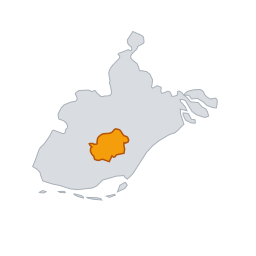 where Flevoland sits in Netherlands, rotated 201°
{"feature_id": "NLD-902", "entity_name": "Flevoland", "entity_type": "Province", "adm_level": 1, "iso_a3": "NLD", "parent_name": "Netherlands", "parent_adm1": "", "projection": "albers", "projection_center": [5.642, 52.551], "detail": "fine", "context": "in_parent", "style": "filled", "palette": "amber", "viewbox_px": 256, "rotation_deg": 201, "n_neighbors": 0, "source": "natural_earth", "source_scale": "10m", "svg_char_len": 3804}
<svg xmlns="http://www.w3.org/2000/svg" viewBox="0 0 256 256"><g transform="rotate(201 128 128)"><path d="M158.1,219.8L154.0,219.6L150.2,219.5L148.1,219.2L146.0,218.3L146.0,218.2L145.0,216.3L143.8,213.9L144.1,212.4L147.7,208.2L148.2,207.1L147.9,206.4L148.2,204.6L151.0,198.4L151.3,195.9L150.1,194.1L148.3,193.1L142.6,191.3L139.8,188.6L138.6,186.4L137.3,185.7L135.4,186.5L130.7,187.3L126.8,186.1L122.3,181.7L121.3,177.9L120.8,174.9L119.6,173.9L118.1,175.4L116.1,177.8L112.3,178.0L111.3,177.5L111.1,176.1L110.9,174.9L109.8,173.3L108.7,172.4L103.8,176.7L102.0,176.7L99.8,175.0L98.7,173.3L96.2,174.2L93.9,176.2L94.6,180.1L93.4,180.8L90.7,180.4L87.6,178.7L84.1,177.7L78.9,174.9L71.5,176.9L66.5,174.2L62.3,173.8L59.7,171.7L57.0,168.1L59.1,165.9L61.0,165.2L68.8,164.9L74.4,166.5L84.3,174.2L86.9,174.2L89.6,173.3L88.3,171.3L85.7,170.2L82.0,168.1L79.1,165.2L86.1,164.4L85.2,162.9L84.3,160.4L77.1,151.5L78.4,149.1L80.4,144.1L82.8,139.9L84.7,138.8L87.7,135.9L94.5,127.2L98.7,120.1L102.0,111.7L106.8,88.3L108.2,84.4L110.4,80.0L113.1,80.8L114.9,82.1L121.6,78.9L133.0,70.3L136.4,62.8L139.7,59.3L152.7,52.5L159.9,50.5L170.9,49.9L178.9,48.6L188.5,48.0L192.2,52.1L194.4,55.1L197.8,56.8L203.2,57.8L203.0,63.9L203.3,75.8L202.9,78.0L200.6,83.1L198.3,92.2L197.7,98.1L196.9,99.3L186.7,99.4L185.3,100.5L185.1,101.8L185.6,103.3L185.4,104.8L184.6,106.1L185.1,108.1L186.9,110.3L190.1,111.6L193.6,111.7L195.4,111.4L196.8,113.0L198.1,115.4L198.1,118.5L197.6,122.7L196.0,126.6L191.4,131.1L189.2,132.7L187.2,133.6L186.3,134.7L185.9,136.2L186.0,137.6L189.5,141.1L189.4,141.9L188.4,143.8L187.1,145.5L178.4,149.3L174.7,149.0L172.7,150.9L172.0,151.2L169.7,149.6L164.5,147.7L162.6,148.4L161.5,149.4L158.3,150.7L156.0,152.7L156.0,155.3L160.1,161.9L161.6,163.2L161.7,165.7L163.7,168.8L165.8,172.7L166.0,175.1L165.8,177.7L164.8,181.2L161.2,189.6L161.2,191.2L161.5,192.4L162.7,192.7L163.7,193.3L163.4,194.4L156.7,200.3L155.8,201.3L153.0,201.0L152.5,202.0L152.9,203.5L154.0,204.9L156.5,205.6L158.6,207.0L160.2,209.9L158.1,219.8ZM87.6,178.7L87.0,181.1L85.4,183.7L80.0,187.4L74.4,189.8L71.6,189.4L69.7,188.1L68.7,186.7L65.7,185.3L61.7,184.5L59.2,185.9L57.3,187.2L55.8,186.9L54.6,185.7L53.8,183.9L52.7,178.4L55.8,177.5L62.3,177.3L67.3,179.4L73.9,180.5L79.0,177.9L83.0,180.3L87.6,178.7ZM77.1,156.0L80.9,159.6L81.7,160.7L81.9,161.9L77.0,163.2L71.9,158.8L68.4,159.7L67.2,157.6L67.2,156.4L70.8,155.4L77.1,156.0ZM115.0,71.8L111.1,76.3L108.8,75.0L108.2,73.9L109.4,70.4L115.0,64.6L115.0,71.8ZM131.9,51.8L128.3,52.3L126.7,51.4L135.3,48.9L140.7,48.2L141.6,48.5L131.9,51.8ZM154.8,47.2L147.3,48.2L144.8,47.5L144.4,46.7L146.4,46.3L152.8,46.2L154.8,46.8L154.8,47.2ZM123.6,56.7L116.5,61.4L115.9,60.6L120.5,56.6L123.6,56.7ZM185.3,39.0L181.7,39.3L182.7,37.6L186.0,36.3L187.7,36.2L185.3,39.0ZM170.1,43.8L164.8,46.0L163.5,45.5L163.8,44.9L168.5,43.5L170.1,43.8Z" fill="#d9dde1" stroke="#a8b0b8" stroke-width="1"/><path d="M147.7,86.7L148.1,87.0L149.0,88.0L149.4,89.0L152.2,90.5L154.0,92.0L154.5,92.5L154.8,93.0L155.3,94.6L155.6,96.3L155.4,96.6L155.3,97.0L155.0,97.2L154.9,97.4L155.0,97.5L155.3,97.6L156.9,98.1L157.7,98.5L158.5,99.5L157.3,100.2L155.4,100.9L155.1,100.9L154.4,100.8L154.2,100.6L153.7,100.7L151.7,101.6L151.3,102.1L151.3,102.9L151.8,103.4L152.6,106.9L152.6,108.0L152.2,109.5L151.5,110.7L150.6,112.1L149.9,113.0L148.9,113.8L147.5,114.5L145.7,115.3L144.4,115.9L143.3,116.5L142.3,117.4L141.5,118.2L140.8,119.8L140.4,121.2L139.6,122.5L138.3,123.0L135.5,123.3L134.8,123.1L134.7,123.1L133.1,122.1L129.9,119.8L128.6,119.4L127.8,119.4L126.3,119.5L125.1,119.2L123.0,116.9L123.0,114.9L125.2,112.8L126.5,112.8L125.5,110.0L123.6,107.2L122.7,103.0L129.2,98.8L129.8,96.4L131.0,95.6L133.0,96.2L133.4,89.9L133.5,89.9L140.7,89.7L142.3,88.4L143.5,87.4L144.5,87.0L145.4,86.8L146.3,86.8L146.8,86.9L147.7,86.7Z" fill="#f59e0b" stroke="#b45309" stroke-width="1.5"/></g></svg>